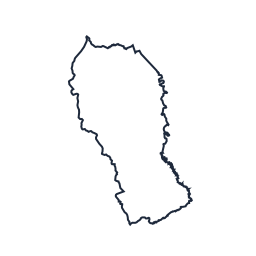 the district of Phaya Mengrai, Chiang Rai, Thailand, rotated 321°
{"feature_id": "78962969B59548210806286", "entity_name": "Phaya Mengrai", "entity_type": "district", "adm_level": 2, "iso_a3": "THA", "parent_name": "Thailand", "parent_adm1": "Chiang Rai", "projection": "albers", "projection_center": [100.161, 19.88], "detail": "fine", "context": "isolated", "style": "outline", "palette": "slate", "viewbox_px": 256, "rotation_deg": 321, "n_neighbors": 0, "source": "geoboundaries", "source_scale": "gbopen_adm2", "svg_char_len": 5949}
<svg xmlns="http://www.w3.org/2000/svg" viewBox="0 0 256 256"><g transform="rotate(321 128 128)"><path d="M153.6,30.9L152.8,31.1L151.9,33.3L150.4,34.6L144.9,37.3L139.8,38.8L131.2,40.3L129.9,40.9L128.6,42.0L125.8,42.7L123.8,44.7L121.7,46.2L120.9,48.6L119.7,50.3L119.6,51.2L120.0,52.7L119.7,53.5L118.0,54.1L116.2,55.1L112.1,54.5L111.4,54.7L109.9,57.2L110.0,63.4L108.4,63.3L107.3,63.6L106.4,64.7L106.1,66.5L106.3,67.8L109.4,68.9L110.3,69.8L110.3,70.7L107.5,72.9L106.0,75.9L103.1,78.4L102.1,80.3L101.4,83.0L99.8,85.2L96.2,88.8L96.4,90.8L96.8,91.3L97.8,91.9L97.9,93.5L94.9,94.9L93.9,96.4L92.6,97.5L91.8,99.3L91.7,100.1L91.9,100.6L93.8,101.6L93.8,103.5L94.7,104.8L94.9,106.1L96.9,106.8L97.5,107.4L97.6,108.9L98.6,110.6L99.7,113.0L99.4,114.1L97.2,115.2L96.3,116.4L95.8,122.2L96.0,126.1L95.5,127.9L93.4,130.2L91.7,131.4L91.5,131.9L92.9,134.3L94.3,134.8L94.6,136.8L95.6,138.5L95.4,140.2L94.7,141.3L95.0,143.3L93.2,144.8L92.8,145.7L92.9,146.2L94.4,147.2L94.9,147.8L93.9,148.7L93.7,150.0L92.7,151.8L91.5,153.2L91.6,155.7L90.7,156.0L90.4,157.0L89.0,157.2L87.9,157.8L85.3,160.4L85.6,161.7L87.0,163.6L86.5,164.4L86.5,165.6L84.3,169.8L84.7,174.6L77.8,172.3L76.7,172.3L75.7,173.1L75.4,174.2L75.5,177.9L74.5,179.3L75.6,179.9L75.8,180.8L74.4,181.7L74.2,182.1L74.4,182.5L75.5,183.2L75.6,183.6L73.7,185.3L73.1,186.3L72.4,191.3L72.9,193.4L72.6,195.2L71.7,197.1L70.2,199.3L70.0,201.9L69.2,202.6L68.9,203.9L68.9,204.4L70.3,204.1L71.8,204.4L73.9,206.2L75.3,206.7L77.3,206.6L79.2,206.9L80.7,206.6L81.2,206.2L82.8,206.4L84.8,208.1L85.0,209.6L86.1,210.4L87.3,210.6L87.7,211.0L87.8,211.5L87.0,212.7L85.5,213.6L85.3,215.1L85.6,216.1L86.6,217.1L86.8,217.8L87.3,217.9L87.8,218.4L88.2,218.4L88.3,217.6L88.6,217.5L89.3,217.9L90.1,218.0L90.2,219.0L90.6,219.3L91.3,218.9L93.2,219.5L93.8,219.0L94.3,219.6L94.6,219.5L95.7,220.1L98.8,219.9L99.0,220.0L99.0,220.8L100.3,221.2L100.9,220.9L102.0,221.1L102.9,220.7L103.6,220.8L103.7,221.1L104.1,220.9L104.2,220.5L108.4,220.5L109.0,220.8L110.1,220.9L110.2,221.2L112.6,222.1L112.6,222.7L114.7,222.7L115.0,223.3L116.0,223.3L116.2,223.6L117.2,223.7L118.7,223.5L119.2,222.6L119.5,222.6L121.0,223.8L123.5,225.1L124.5,224.6L126.7,224.2L127.5,224.3L128.3,224.8L129.4,223.2L129.7,223.1L130.9,224.2L131.3,223.7L131.3,224.0L132.0,224.3L132.5,223.1L132.4,222.0L131.6,220.5L132.0,220.2L132.3,219.8L132.1,219.5L132.9,218.6L133.4,218.7L133.8,218.3L133.7,218.0L134.1,218.1L134.0,217.5L134.7,217.7L134.8,216.8L135.4,215.8L135.4,215.4L135.2,215.1L135.6,214.5L136.1,214.6L136.2,213.9L135.7,213.7L136.0,213.4L136.5,213.4L136.0,213.1L136.4,212.9L135.9,212.2L136.1,211.8L135.9,211.0L136.2,210.9L135.8,210.4L136.1,209.9L135.8,209.6L135.6,210.0L135.6,209.5L135.2,209.3L135.2,208.9L134.5,208.4L134.8,207.5L134.5,207.1L134.7,206.5L134.4,206.3L134.9,206.0L134.5,205.6L134.9,205.3L134.0,205.4L134.0,204.3L133.5,204.3L133.6,203.8L133.3,203.7L133.4,203.3L133.0,203.2L133.1,202.5L132.5,201.4L133.4,200.6L133.5,199.2L133.9,199.0L133.9,198.4L134.4,198.6L134.8,198.2L135.2,198.8L135.5,198.8L135.7,197.2L136.0,196.8L136.6,196.7L136.3,196.0L136.5,195.8L136.1,195.5L136.9,195.4L137.0,195.2L136.2,194.5L137.1,193.9L136.4,193.3L136.6,192.8L136.1,192.9L136.3,192.3L135.8,192.4L135.8,192.0L136.3,192.1L136.0,191.6L136.3,191.4L135.9,191.2L136.1,191.0L136.6,191.3L136.7,190.1L137.3,189.8L136.4,189.5L137.0,189.1L137.3,189.2L137.6,188.4L137.4,188.2L137.6,187.8L137.0,187.6L136.7,187.7L136.7,187.3L136.9,187.0L137.7,187.1L137.9,186.5L137.3,186.2L137.6,186.0L138.1,186.3L138.3,186.2L138.1,185.8L136.9,185.2L137.6,184.8L138.4,184.9L138.3,184.5L138.5,184.4L139.0,184.5L139.3,184.0L139.1,183.6L139.3,183.4L139.0,182.7L138.4,183.2L138.1,183.7L137.7,183.7L137.6,182.9L139.0,182.1L138.2,181.5L137.7,181.6L137.0,181.4L138.3,180.4L137.8,180.1L137.5,180.3L137.1,180.1L136.8,179.4L136.8,178.6L136.4,178.1L135.9,178.1L136.1,177.2L136.5,177.1L137.2,177.5L137.7,177.2L137.2,176.6L135.7,176.5L135.8,176.2L136.5,175.9L138.1,176.6L138.6,176.4L138.8,175.9L137.7,175.5L136.9,174.9L135.6,174.9L135.4,174.3L135.4,173.9L136.2,173.6L137.6,174.6L138.1,173.9L138.0,173.5L137.3,173.3L136.8,172.4L135.9,172.9L135.7,172.6L136.3,171.6L137.5,170.9L137.5,170.3L137.2,170.0L137.7,169.5L137.2,168.5L137.5,168.1L138.2,168.1L139.5,169.2L139.6,168.6L140.3,167.8L144.6,164.4L145.3,162.9L145.6,162.8L147.1,163.6L149.8,162.5L151.1,160.7L151.1,160.2L150.4,159.4L150.6,158.2L152.0,156.4L152.7,155.0L153.2,155.2L153.4,156.3L154.3,157.3L154.3,157.8L153.9,158.4L154.0,159.0L154.7,159.6L155.5,159.5L155.7,159.0L155.5,157.7L155.7,156.8L155.5,156.2L154.1,154.7L154.4,152.6L155.1,151.3L156.1,150.5L157.5,150.0L159.0,150.1L160.1,149.8L160.6,150.2L161.0,151.1L161.6,150.9L162.1,147.2L162.5,146.1L163.6,144.9L163.8,142.3L164.8,140.5L164.8,139.9L164.5,139.6L163.3,139.6L162.8,139.4L162.7,138.5L163.2,138.2L164.8,137.8L167.7,135.0L168.8,135.1L170.1,136.1L170.6,136.1L171.1,134.6L170.4,133.1L170.8,130.9L172.0,128.3L171.8,126.8L172.1,126.2L173.9,125.3L175.9,125.1L176.4,124.6L176.7,123.8L177.2,123.6L178.9,124.0L180.1,125.2L180.6,125.0L180.4,123.6L179.3,122.4L179.1,121.6L180.1,119.7L181.0,118.9L182.1,118.4L182.2,118.1L181.1,117.6L179.9,114.6L180.0,114.2L180.4,114.1L181.3,114.8L182.9,114.9L183.7,115.3L184.6,114.9L185.2,114.3L185.2,113.4L184.0,112.1L181.8,112.2L181.4,111.9L182.6,109.7L184.5,109.8L186.2,110.3L187.1,108.3L187.0,107.8L185.4,106.1L186.1,105.5L186.0,104.7L186.5,104.4L186.3,103.7L186.5,103.3L186.1,102.8L186.4,101.5L184.8,78.8L185.5,75.2L183.8,74.5L182.9,73.9L181.1,74.1L183.8,66.7L181.7,66.7L177.8,65.4L176.3,65.6L175.8,64.6L176.0,64.3L175.3,63.8L176.0,61.6L175.4,61.2L174.4,59.1L173.3,57.9L173.4,57.2L173.1,56.4L172.3,56.3L171.8,55.9L171.4,56.1L170.4,55.5L169.9,55.6L169.5,54.9L169.5,54.3L168.8,54.4L168.7,53.9L167.7,53.5L167.3,53.9L166.1,53.8L165.9,53.5L164.9,53.7L164.9,53.3L164.0,53.1L163.6,53.3L162.5,53.3L160.5,49.0L160.0,48.4L158.0,48.0L155.5,45.5L153.9,44.7L153.4,43.6L153.1,41.8L152.5,40.2L152.6,38.8L153.2,37.8L153.0,35.4L154.1,34.5L154.3,33.8L153.6,30.9Z" fill="none" stroke="#1e293b" stroke-width="2"/></g></svg>